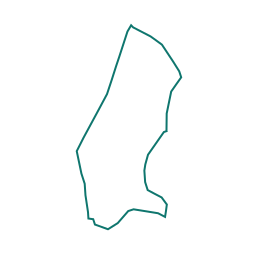 Zaqaziq 1, Ash Sharqiyah, Egypt, rotated 341°
{"feature_id": "37247803B90697971403179", "entity_name": "Zaqaziq 1", "entity_type": "district", "adm_level": 2, "iso_a3": "EGY", "parent_name": "Egypt", "parent_adm1": "Ash Sharqiyah", "projection": "albers", "projection_center": [31.514, 30.585], "detail": "fine", "context": "isolated", "style": "outline", "palette": "teal", "viewbox_px": 256, "rotation_deg": 341, "n_neighbors": 0, "source": "geoboundaries", "source_scale": "gbopen_adm2", "svg_char_len": 739}
<svg xmlns="http://www.w3.org/2000/svg" viewBox="0 0 256 256"><g transform="rotate(341 128 128)"><path d="M164.4,31.9L158.9,36.6L142.7,58.1L137.0,65.5L128.2,77.3L119.2,89.1L105.2,102.1L102.6,104.5L82.7,122.8L72.0,133.2L69.1,156.0L69.1,156.6L68.9,166.6L65.9,177.7L62.8,194.5L61.1,200.7L65.4,202.9L65.3,208.5L76.1,217.2L87.3,214.6L94.6,210.4L101.2,206.6L106.8,206.7L117.7,212.5L128.7,218.4L134.1,224.1L137.0,218.6L139.8,213.0L137.2,204.6L131.8,198.9L126.4,193.1L126.6,184.7L129.6,173.6L132.5,168.1L138.2,159.8L141.9,157.1L160.6,143.5L163.4,143.5L163.4,143.4L169.3,126.9L180.7,107.6L187.7,102.5L194.8,97.4L194.9,91.1L192.3,79.9L187.2,60.2L179.2,48.8L171.0,40.2L165.6,34.5L164.4,31.9Z" fill="none" stroke="#0f766e" stroke-width="2"/></g></svg>